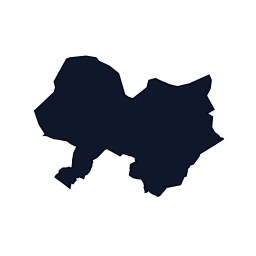 Ugwunagbo, Abia, Nigeria, rotated 198°
{"feature_id": "59680162B43108992465432", "entity_name": "Ugwunagbo", "entity_type": "district", "adm_level": 2, "iso_a3": "NGA", "parent_name": "Nigeria", "parent_adm1": "Abia", "projection": "orthographic", "projection_center": [7.346, 5.019], "detail": "fine", "context": "isolated", "style": "filled", "palette": "ink", "viewbox_px": 256, "rotation_deg": 198, "n_neighbors": 0, "source": "geoboundaries", "source_scale": "gbopen_adm2", "svg_char_len": 3059}
<svg xmlns="http://www.w3.org/2000/svg" viewBox="0 0 256 256"><g transform="rotate(198 128 128)"><path d="M164.7,52.8L165.0,55.4L165.6,58.7L165.2,58.7L164.8,58.6L164.1,58.4L163.6,58.4L162.9,58.3L162.7,59.7L161.4,62.4L162.0,62.9L163.0,63.6L162.5,64.1L162.3,64.4L162.0,64.6L161.6,64.9L160.7,65.4L159.9,65.8L159.6,66.3L159.0,67.1L158.3,66.6L158.1,66.5L157.1,66.5L156.5,66.6L154.8,66.2L154.6,67.3L154.8,68.6L154.5,70.1L154.2,70.5L152.9,71.4L152.4,72.2L151.3,75.1L151.2,76.8L151.1,78.4L150.8,80.5L151.1,81.5L151.4,83.1L151.3,83.7L151.1,84.2L151.2,84.5L151.4,84.9L152.6,86.2L150.7,88.2L148.8,90.3L148.3,90.9L148.0,91.6L147.5,92.6L144.5,98.8L143.7,100.4L143.1,100.9L142.6,101.4L142.2,102.0L141.4,102.3L140.9,102.2L140.5,101.9L139.9,101.6L138.9,101.5L137.9,101.5L136.6,101.2L134.4,100.7L128.9,99.6L127.4,99.3L127.0,99.2L126.8,99.7L126.6,100.2L126.3,100.4L126.1,101.0L125.1,102.4L124.9,102.2L124.5,102.4L119.8,102.5L119.4,102.5L118.5,102.6L118.0,102.4L117.5,102.5L115.8,102.8L114.2,102.5L111.6,101.9L110.8,99.7L109.7,98.1L110.0,98.0L110.5,97.6L112.8,95.5L113.7,94.3L114.2,93.9L113.9,92.7L113.6,91.0L113.5,90.7L113.4,90.3L112.6,90.8L112.4,85.1L111.9,83.7L108.0,82.6L104.8,82.8L101.0,83.3L100.6,84.5L99.0,83.3L96.0,81.0L93.7,77.1L94.2,76.4L93.8,76.0L92.9,74.6L92.8,74.3L92.5,74.1L91.9,73.1L91.7,72.7L91.6,72.2L90.9,72.6L89.6,74.2L88.8,75.5L86.9,73.9L86.4,73.7L82.4,72.9L81.3,73.1L80.4,73.1L79.3,72.5L79.0,72.4L78.5,72.4L77.0,73.9L73.5,82.2L74.0,83.1L73.6,83.3L73.3,83.8L73.6,84.2L72.7,84.9L72.0,84.1L60.7,90.4L60.5,92.4L59.8,99.0L59.6,99.4L58.0,100.2L58.5,105.7L59.1,107.3L59.1,107.8L58.7,108.4L57.8,110.1L57.9,110.6L58.1,111.2L58.3,111.6L56.8,112.6L56.2,113.0L55.9,113.1L55.7,113.3L55.5,113.5L55.2,113.7L54.9,113.9L51.8,123.4L52.2,125.3L40.5,139.1L36.6,143.8L34.0,147.0L34.3,147.3L34.5,147.3L34.9,147.3L35.6,147.3L36.2,147.2L37.3,147.1L38.1,147.5L38.8,148.0L39.2,148.4L39.8,148.7L40.6,149.1L41.4,149.5L42.8,149.9L44.2,150.4L46.1,152.0L48.1,153.8L48.6,154.3L48.9,154.9L49.7,158.2L51.1,164.5L51.5,164.8L53.9,165.3L56.7,165.9L57.4,166.3L52.1,172.2L63.6,183.0L62.2,190.5L63.7,199.2L65.5,201.2L67.2,203.2L83.1,188.9L93.7,182.4L101.6,181.8L111.3,182.6L117.1,183.4L122.7,179.7L122.3,172.1L132.3,157.2L137.2,157.2L141.6,158.6L149.2,169.9L153.8,176.6L161.6,179.7L165.0,180.9L175.4,182.2L176.3,182.2L180.0,184.7L189.7,183.3L190.6,183.0L204.7,176.7L207.6,174.5L212.4,149.3L209.3,144.5L209.2,142.9L209.0,139.3L222.0,115.4L213.3,103.9L204.7,96.8L205.5,95.1L204.4,95.5L203.9,95.6L202.5,95.8L201.0,95.7L199.7,95.4L196.2,95.2L194.8,95.2L191.1,96.0L189.6,96.2L186.2,96.5L181.5,97.1L179.1,96.1L177.7,95.7L176.3,95.4L173.5,95.1L171.6,94.9L170.6,94.8L171.5,88.9L171.6,87.5L170.6,80.4L170.1,78.9L169.6,77.0L169.1,74.3L168.9,72.4L170.5,72.0L171.0,72.1L171.5,72.4L172.0,72.3L173.6,71.1L174.2,70.7L175.3,70.3L175.9,70.2L176.6,70.0L177.4,69.7L178.0,69.1L178.6,68.4L179.0,67.6L179.6,66.9L179.8,66.4L179.8,65.7L179.6,64.9L179.4,63.8L179.7,63.5L180.5,62.3L181.6,60.7L181.8,60.1L181.9,59.3L182.0,58.8L174.4,56.3L169.2,54.6L164.7,52.8Z" fill="#0f172a" stroke="#020617" stroke-width="1.5"/></g></svg>